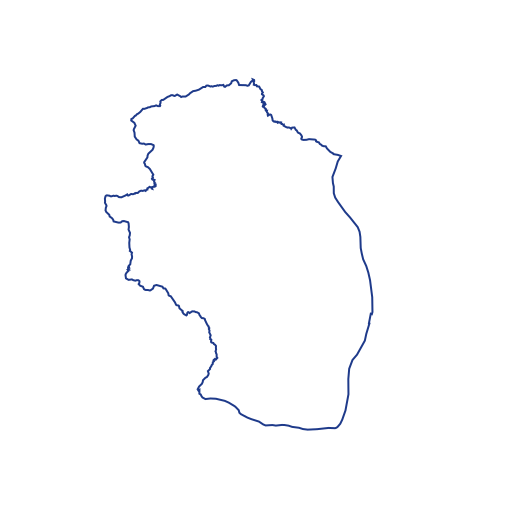 El Guamo, Bolívar, Colombia (Albers equal-area conic projection), rotated 53°
{"feature_id": "7082276B46514766114019", "entity_name": "El Guamo", "entity_type": "district", "adm_level": 2, "iso_a3": "COL", "parent_name": "Colombia", "parent_adm1": "Bolívar", "projection": "albers", "projection_center": [-74.975, 10.036], "detail": "fine", "context": "isolated", "style": "outline", "palette": "blue", "viewbox_px": 512, "rotation_deg": 53, "n_neighbors": 0, "source": "geoboundaries", "source_scale": "gbopen_adm2", "svg_char_len": 6099}
<svg xmlns="http://www.w3.org/2000/svg" viewBox="0 0 512 512"><g transform="rotate(53 256 256)"><path d="M113.1,152.3L114.1,152.6L113.8,154.3L113.9,155.3L115.4,159.1L114.9,160.4L113.5,161.3L109.3,166.6L106.9,165.8L104.1,165.7L103.5,166.0L102.4,167.8L101.9,170.2L103.1,171.9L103.3,174.9L102.2,176.7L102.3,178.9L101.7,179.4L99.7,179.1L99.2,180.4L97.5,182.4L97.5,183.3L96.4,184.1L96.2,185.4L95.2,186.9L94.7,188.6L93.6,189.4L93.3,190.3L90.9,191.8L90.1,193.1L90.5,194.8L89.2,196.5L88.8,201.5L87.7,204.7L86.5,207.0L86.3,210.8L86.6,212.2L86.3,216.2L84.4,218.7L84.0,220.1L82.9,220.3L79.6,221.8L79.3,224.5L78.9,225.0L77.4,225.8L76.5,227.0L76.3,228.9L75.7,230.9L75.5,236.1L74.7,237.3L74.8,238.8L75.0,239.4L76.2,240.0L77.2,241.7L78.3,242.0L78.5,242.5L77.2,244.2L75.6,245.1L75.2,246.8L73.5,249.7L73.3,251.2L72.3,252.9L72.3,253.6L71.3,256.6L70.4,257.7L71.3,261.7L71.4,264.5L71.1,265.5L71.5,267.7L71.2,268.3L71.9,271.6L71.6,273.1L72.7,274.1L76.4,273.0L79.5,273.7L81.2,277.2L81.9,278.0L84.4,278.8L87.7,281.0L91.1,281.2L93.1,280.5L95.8,281.1L97.9,279.3L98.7,277.9L100.6,277.0L101.8,274.6L103.4,272.5L105.8,271.1L106.6,271.4L107.8,272.7L108.9,274.7L109.5,280.4L110.5,282.1L111.9,283.4L113.8,288.9L114.6,289.3L115.5,289.3L117.4,290.1L118.6,289.8L119.8,288.9L122.6,288.4L129.3,289.1L129.9,290.7L131.6,291.2L131.5,292.3L131.7,292.7L132.8,292.7L134.2,291.3L135.2,292.6L136.1,292.7L136.4,293.1L136.9,292.9L137.1,293.5L137.7,293.6L138.4,294.5L138.7,294.4L138.9,293.4L139.8,294.1L139.7,295.2L138.4,297.4L138.6,297.9L139.9,298.4L139.4,298.7L138.3,298.4L136.7,299.4L136.8,300.7L136.6,302.1L137.6,302.7L137.2,304.0L137.6,305.0L136.5,305.5L135.8,307.4L134.7,308.4L134.2,310.3L134.5,312.5L133.3,314.0L133.4,314.8L133.0,315.0L133.0,316.0L132.6,317.1L131.3,318.4L131.0,321.4L130.4,322.0L129.3,321.8L129.1,323.9L128.1,328.2L126.5,330.0L124.8,330.5L123.9,331.1L122.9,332.9L122.1,333.5L121.3,335.6L120.7,336.3L119.7,336.7L117.8,338.6L117.6,339.2L117.7,340.2L119.3,342.2L121.4,343.5L122.6,344.6L125.5,345.0L126.1,345.3L127.1,346.9L129.0,348.7L130.8,349.1L134.8,348.4L136.4,349.1L138.8,348.3L140.2,348.2L141.2,348.3L142.7,348.9L146.5,345.8L147.5,344.5L147.8,343.9L147.7,341.8L148.3,341.2L148.5,340.5L152.1,337.8L153.4,338.2L156.4,340.1L158.2,341.9L161.7,342.7L163.6,344.5L164.6,346.1L166.7,346.9L169.2,349.3L173.0,351.9L175.5,352.9L176.0,353.7L178.7,353.0L179.7,354.3L181.7,355.2L183.2,356.4L184.3,358.8L187.0,361.5L187.2,363.5L189.0,364.3L188.2,365.1L189.5,366.0L190.4,365.8L189.9,366.8L191.1,366.9L191.4,369.3L192.1,371.0L192.7,371.7L195.6,373.3L198.4,372.1L200.0,369.2L201.4,368.6L203.1,367.2L203.6,365.7L204.6,364.5L205.8,364.2L206.4,364.5L207.3,365.4L207.8,366.6L210.0,366.4L212.5,364.8L215.1,365.4L216.5,364.8L218.3,362.6L219.7,361.5L219.9,360.9L220.0,357.9L218.4,355.3L219.3,352.9L224.2,349.2L226.2,349.4L227.3,348.1L228.0,348.0L233.0,348.5L234.7,349.4L235.4,349.3L236.9,348.3L244.3,348.6L246.9,349.2L247.8,348.8L248.9,347.7L249.4,347.6L251.8,348.6L255.9,347.7L256.3,348.4L258.3,348.6L259.3,348.4L261.5,347.4L261.4,346.5L260.1,345.1L259.9,344.1L260.2,343.7L261.6,343.4L261.8,340.3L263.1,338.6L264.5,337.9L265.4,337.0L267.4,336.1L269.5,336.7L270.7,336.6L271.4,336.8L273.0,336.6L274.2,335.3L275.6,334.8L276.6,335.3L280.5,336.1L282.8,336.4L283.7,336.2L284.8,336.8L285.5,336.7L285.9,337.6L287.6,338.0L288.8,339.3L292.0,339.9L293.4,341.9L294.4,342.0L294.9,342.6L296.0,342.1L297.5,343.6L298.3,343.6L299.8,342.4L301.1,342.6L302.2,342.1L303.8,342.1L305.2,343.3L306.6,344.1L307.9,345.8L308.5,345.8L309.6,346.4L310.8,346.6L312.8,348.1L314.1,348.2L314.6,350.6L314.4,350.9L313.5,350.8L313.6,352.5L313.9,352.9L314.8,353.0L314.9,354.5L316.2,355.5L316.5,357.2L317.1,358.0L317.8,360.2L318.6,360.7L319.0,363.7L321.4,364.5L322.3,365.7L323.1,368.0L322.8,369.7L323.3,373.1L324.5,374.3L325.5,376.1L326.0,380.0L327.2,382.5L327.6,382.2L328.4,383.0L329.3,383.0L329.2,382.0L331.9,384.1L333.3,383.5L335.3,383.9L336.8,383.9L339.8,382.5L342.4,378.1L345.9,373.9L352.9,368.1L356.7,366.0L363.2,363.4L364.6,363.1L368.8,362.6L371.2,363.6L373.3,363.2L379.9,360.1L383.5,357.9L390.0,353.3L394.9,351.6L397.1,350.3L400.9,344.6L403.4,342.2L406.5,337.0L408.1,335.0L411.1,332.1L414.2,330.0L419.1,325.0L422.4,322.7L425.8,319.2L431.1,311.4L437.0,301.5L441.1,296.5L441.5,295.3L441.6,293.9L440.7,289.7L438.6,285.6L433.2,277.5L422.1,265.4L409.8,256.3L402.1,249.4L397.1,241.5L395.6,234.7L389.1,220.0L384.5,214.7L378.2,206.1L377.8,206.4L371.2,199.1L372.2,198.5L370.8,196.7L358.9,188.0L344.0,179.5L336.9,176.3L330.4,174.0L323.1,172.4L317.6,170.0L312.7,167.6L303.6,161.2L299.0,158.7L294.2,157.4L281.7,157.7L274.6,158.3L262.2,158.0L257.0,157.6L252.7,156.1L247.3,152.1L244.1,150.7L238.9,147.4L234.0,139.6L229.7,133.8L227.3,127.9L224.5,129.8L221.3,132.8L220.7,132.6L217.6,134.0L212.8,134.6L210.4,134.3L208.9,136.0L207.5,136.9L206.5,136.9L204.9,137.6L203.1,137.4L201.1,138.9L200.5,139.0L200.0,138.5L199.2,138.5L198.5,138.9L194.6,143.3L193.6,145.7L191.9,148.2L190.7,149.2L190.1,149.4L189.4,149.1L188.8,147.8L188.3,147.4L186.6,147.1L184.4,147.2L183.1,148.1L182.2,148.2L180.2,147.9L179.2,148.3L176.5,147.9L175.2,149.9L175.6,151.3L175.1,151.2L173.1,152.4L172.5,153.5L172.0,153.7L171.7,154.1L168.6,155.5L167.9,154.8L167.7,155.3L166.2,155.6L165.9,156.2L164.8,156.1L164.4,155.6L163.8,156.2L163.6,157.0L162.8,157.3L162.7,158.5L162.1,158.6L161.6,158.3L161.3,158.9L160.6,159.3L160.5,159.9L159.8,160.0L159.6,160.7L158.3,161.1L157.7,161.1L156.1,160.2L152.5,159.0L151.7,159.3L151.3,159.8L151.1,162.0L150.2,161.7L149.9,161.0L149.2,160.6L148.1,160.8L147.0,160.4L146.7,160.0L146.5,160.5L145.5,160.6L144.8,160.2L144.9,159.8L144.3,159.6L142.9,160.1L141.8,159.9L141.1,160.6L140.6,160.6L139.9,159.5L140.6,159.3L140.7,158.7L139.5,158.4L139.9,157.6L140.6,157.5L140.6,157.1L139.4,156.9L139.0,157.5L138.4,156.7L137.9,156.8L137.5,157.1L137.3,158.3L136.7,158.7L135.9,157.6L134.7,157.8L134.6,156.3L134.0,155.7L133.1,153.5L132.3,153.3L130.4,153.9L129.9,153.5L129.5,152.1L128.0,152.1L127.1,151.5L125.3,152.0L122.6,151.5L121.1,153.1L120.5,152.8L119.6,152.9L119.1,153.9L117.9,154.7L117.1,153.8L116.0,153.4L115.6,153.0L115.3,152.2L114.3,151.6L113.1,152.3Z" fill="none" stroke="#1e3a8a" stroke-width="2"/></g></svg>